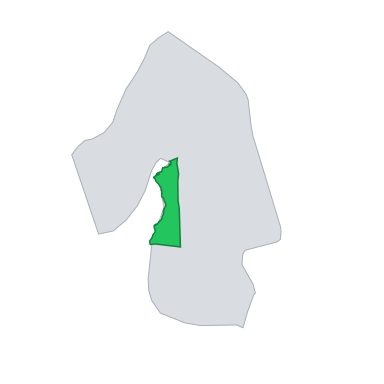 Tadjourah, Tadjourah, Djibouti shown in context, rotated 129°
{"feature_id": "41766387B13463549189785", "entity_name": "Tadjourah", "entity_type": "district", "adm_level": 2, "iso_a3": "DJI", "parent_name": "Djibouti", "parent_adm1": "Tadjourah", "projection": "albers", "projection_center": [42.755, 11.778], "detail": "fine", "context": "in_parent", "style": "filled", "palette": "green", "viewbox_px": 384, "rotation_deg": 129, "n_neighbors": 0, "source": "geoboundaries", "source_scale": "gbopen_adm2", "svg_char_len": 2017}
<svg xmlns="http://www.w3.org/2000/svg" viewBox="0 0 384 384"><g transform="rotate(129 192 192)"><path d="M283.5,238.1L271.5,257.1L256.2,281.3L238.7,309.0L227.8,309.2L219.3,307.6L213.5,302.9L201.5,297.8L188.0,297.4L175.1,302.2L153.3,308.1L133.6,310.0L117.7,313.2L104.5,317.1L92.7,314.9L82.4,311.4L80.3,282.1L78.0,250.2L78.3,225.2L82.0,211.5L85.2,206.2L103.8,187.3L110.3,179.6L131.5,148.2L149.8,121.3L163.4,101.2L167.5,97.3L173.3,93.5L177.3,94.5L203.7,114.0L208.3,113.4L217.1,107.4L225.1,86.7L230.7,79.1L233.1,79.3L250.0,73.5L265.4,66.9L267.3,73.7L290.6,101.5L298.2,115.2L306.0,140.3L302.0,154.3L296.0,163.4L287.0,171.5L256.0,191.5L221.5,204.2L199.5,229.6L183.1,227.9L185.6,237.5L191.7,238.5L201.2,236.7L220.2,229.3L237.1,225.8L255.3,225.5L271.8,228.7L283.5,238.1Z" fill="#d9dde1" stroke="#a8b0b8" stroke-width="1"/><path d="M242.0,166.4L213.0,191.4L207.7,197.2L192.5,209.9L186.4,213.8L179.3,221.7L174.9,224.8L182.2,228.8L182.2,227.9L182.0,227.5L182.1,227.2L183.8,226.5L183.6,226.2L183.6,225.9L184.2,226.1L184.9,227.0L185.0,226.7L184.8,226.0L188.0,226.9L188.8,227.4L188.9,227.6L190.0,229.0L190.9,229.0L191.5,229.9L192.1,229.9L194.7,228.5L195.5,228.6L198.4,230.6L200.0,230.8L200.5,230.5L199.4,229.5L198.5,229.1L198.6,228.8L199.8,229.1L200.2,229.2L201.3,230.5L201.9,230.7L202.2,230.2L204.6,231.1L205.0,230.7L204.9,229.5L205.2,228.4L206.1,227.4L206.7,225.2L206.7,223.6L207.9,219.9L208.3,218.7L209.0,217.9L209.5,217.1L210.0,216.9L210.3,215.8L213.1,214.0L214.2,213.0L214.9,211.8L214.8,210.2L214.9,209.6L216.3,208.3L217.7,205.0L218.9,204.0L219.8,203.6L223.6,202.8L225.5,201.7L227.1,200.3L228.0,200.1L229.6,199.8L232.2,198.4L233.0,198.4L234.3,198.9L235.1,198.7L235.6,199.0L238.8,198.8L239.5,199.7L240.2,199.9L240.4,199.3L240.6,199.2L241.4,200.3L241.9,200.3L243.3,199.0L244.0,198.1L244.6,197.0L245.3,196.2L246.0,195.8L247.5,195.4L249.4,195.4L249.6,195.5L252.5,194.3L253.7,194.3L254.5,194.1L255.7,194.2L256.5,194.1L258.6,192.2L259.0,191.4L255.4,187.7L242.0,166.4Z" fill="#22c55e" stroke="#15803d" stroke-width="1.5"/></g></svg>